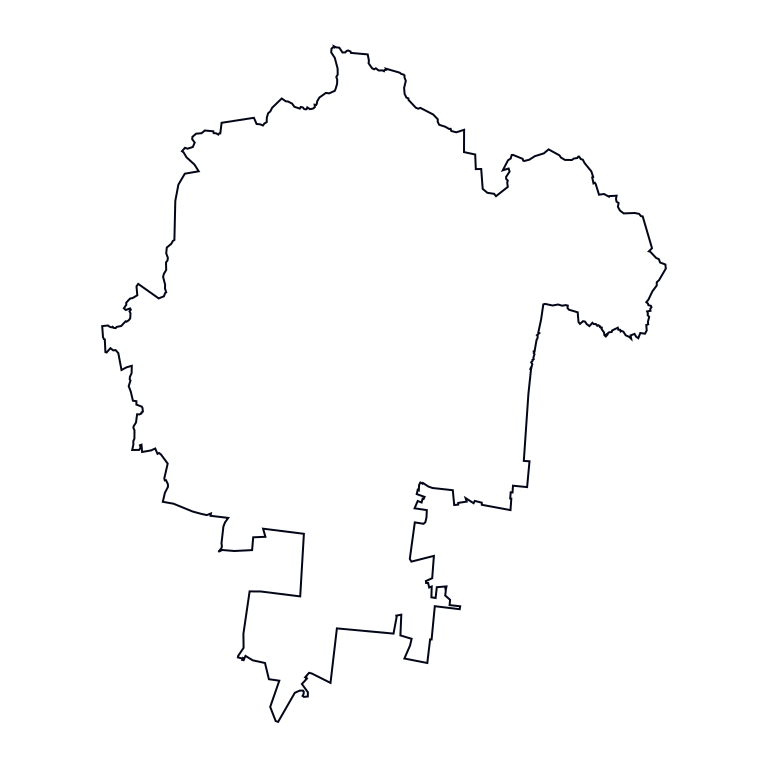 León, Guanajuato, Mexico
{"feature_id": "50627088B58691322085739", "entity_name": "León", "entity_type": "district", "adm_level": 2, "iso_a3": "MEX", "parent_name": "Mexico", "parent_adm1": "Guanajuato", "projection": "natural_earth1", "projection_center": [-101.574, 21.097], "detail": "fine", "context": "isolated", "style": "outline", "palette": "ink", "viewbox_px": 768, "rotation_deg": 0, "n_neighbors": 0, "source": "geoboundaries", "source_scale": "gbopen_adm2", "svg_char_len": 6079}
<svg xmlns="http://www.w3.org/2000/svg" viewBox="0 0 768 768"><path d="M160.9,454.4L167.7,463.6L164.3,478.4L164.8,480.4L166.0,480.2L167.9,484.2L168.0,486.8L164.9,492.8L162.8,501.8L173.5,503.7L192.6,511.5L201.0,513.8L206.8,515.1L210.9,513.5L210.5,515.8L228.2,517.9L225.0,522.4L223.4,526.5L221.5,543.2L221.9,546.3L221.4,548.3L218.4,551.8L222.2,550.0L234.3,551.0L252.1,550.1L253.2,537.3L265.4,536.8L263.1,528.7L303.9,533.8L300.2,596.4L260.9,591.5L249.6,591.4L243.4,633.9L243.6,647.8L238.1,656.0L237.9,657.4L242.6,658.6L243.3,657.0L242.2,659.9L243.6,660.2L245.5,655.9L252.7,660.3L265.0,663.0L268.9,679.2L279.3,680.7L270.2,706.9L275.7,721.1L278.1,721.9L294.8,692.8L299.7,690.6L303.0,690.6L303.8,691.8L303.6,693.9L302.6,695.9L303.9,696.9L307.8,696.5L307.9,692.3L301.9,684.0L306.7,678.8L306.0,678.6L306.4,677.4L305.3,677.1L309.1,672.8L311.8,673.5L330.5,682.9L336.9,628.4L393.5,633.6L396.9,615.6L395.3,615.8L401.3,614.7L400.4,635.4L411.6,638.8L410.1,645.4L404.4,658.5L427.3,663.0L430.1,639.4L431.6,639.5L434.8,606.2L459.7,609.2L460.2,606.3L449.6,605.1L450.1,599.8L445.2,595.5L445.8,590.8L445.3,587.9L446.1,588.4L446.5,586.4L436.8,587.2L435.6,598.0L431.4,597.3L431.7,586.5L429.2,587.5L428.1,582.9L426.1,583.0L425.9,581.0L432.2,578.2L433.9,555.9L411.4,561.6L409.8,558.9L414.8,522.4L423.6,523.8L425.4,522.1L426.5,517.3L426.8,510.1L414.6,508.3L417.7,501.0L421.6,502.5L422.6,498.7L423.6,499.0L424.6,496.9L416.7,494.1L417.7,489.8L418.8,490.4L419.1,484.9L420.4,482.5L422.6,483.7L423.0,483.0L428.3,486.5L432.5,488.0L452.8,490.2L454.2,505.0L458.2,504.6L458.2,502.9L466.7,501.6L465.6,498.1L473.6,503.2L474.8,500.9L481.8,502.7L481.8,504.8L510.5,510.1L511.3,498.6L510.2,498.5L510.7,492.3L512.5,492.5L513.0,485.7L527.1,487.1L529.5,461.3L523.8,460.9L528.4,394.0L531.0,369.5L530.3,369.1L530.7,368.2L531.1,368.9L532.3,364.1L531.2,362.3L532.6,360.8L532.5,359.8L533.7,359.3L533.4,357.6L534.5,354.2L533.7,353.0L534.5,351.9L533.8,351.2L534.7,350.6L536.5,340.1L537.5,338.2L537.7,335.7L537.0,335.1L539.3,333.1L538.3,332.5L541.1,319.5L543.3,304.4L545.1,303.9L552.6,305.5L558.1,304.5L562.1,305.7L565.7,305.1L567.8,305.6L567.5,308.0L568.9,309.7L577.7,312.3L578.5,322.1L580.0,323.9L583.0,321.2L585.0,321.6L586.8,324.2L589.4,326.1L592.4,322.8L593.7,324.1L595.8,324.0L597.3,325.8L598.3,325.2L600.3,326.5L600.0,327.1L601.1,327.9L601.8,327.8L601.7,329.2L604.0,332.4L604.4,335.2L605.8,336.5L607.3,334.8L606.5,334.4L609.1,332.3L611.7,332.0L612.1,330.5L617.8,327.7L618.3,329.7L620.1,329.8L620.6,331.4L621.3,330.8L623.4,331.7L625.7,335.3L629.4,337.0L631.2,338.8L630.6,335.4L634.5,333.9L636.2,336.8L638.3,338.2L640.3,333.0L645.0,333.7L646.7,330.5L646.3,325.0L648.2,324.3L647.9,321.8L649.2,317.0L647.6,315.0L647.9,313.3L647.1,311.4L650.5,310.8L650.2,308.9L651.5,307.2L650.9,305.8L648.4,305.2L647.9,303.5L646.3,302.2L648.4,299.7L652.4,291.3L656.7,285.6L656.8,282.2L659.0,280.2L665.8,268.6L665.4,264.5L660.1,262.5L658.8,259.1L656.2,258.0L650.0,251.5L649.0,251.3L652.0,248.2L642.7,216.4L640.9,216.1L639.2,213.9L634.8,213.0L623.7,213.4L620.0,210.6L617.9,206.8L618.6,203.1L616.5,201.6L616.0,198.7L616.6,195.7L609.3,196.1L609.0,196.7L604.0,194.0L599.0,194.7L595.7,184.0L594.8,182.7L593.5,183.4L592.2,177.4L593.2,177.0L591.3,171.3L584.6,163.1L582.8,159.7L580.7,159.0L579.2,156.6L578.3,156.6L577.3,158.0L573.7,158.6L571.9,160.0L564.9,159.9L561.0,157.6L559.4,155.3L548.6,149.4L543.8,153.4L534.8,156.2L529.3,159.7L524.1,161.0L523.3,160.7L522.6,158.8L513.0,154.9L511.7,155.0L510.7,158.5L508.0,160.3L502.8,170.3L508.6,168.5L509.6,171.6L506.1,176.9L506.2,179.0L507.8,180.6L507.2,182.5L507.8,186.9L496.0,196.2L494.1,193.8L487.4,192.8L482.7,188.9L481.2,169.0L475.8,169.1L475.2,154.5L464.0,152.1L464.1,129.8L456.3,132.3L451.3,131.0L450.6,128.8L449.2,129.0L445.2,126.7L439.2,124.8L437.7,121.8L437.8,119.3L433.2,114.5L420.4,107.9L418.2,108.7L415.8,107.7L408.5,99.9L408.4,98.4L406.4,97.6L404.6,93.9L404.1,87.9L405.8,80.9L404.5,77.5L404.5,75.4L403.6,74.6L401.3,74.0L399.8,72.7L385.7,68.6L386.1,69.8L384.5,70.1L384.0,71.2L382.4,70.4L378.7,70.5L375.8,68.3L374.1,69.3L372.1,68.3L368.6,63.3L368.9,60.5L367.7,54.4L350.9,52.9L350.6,51.6L348.2,50.5L346.5,51.0L345.4,52.4L342.5,52.5L339.3,47.7L335.9,47.3L333.7,46.1L333.9,47.4L333.1,47.2L331.5,48.7L331.2,52.4L334.8,57.9L337.6,68.5L337.7,74.6L336.3,77.0L337.2,79.5L337.1,83.9L335.7,88.6L334.8,90.8L329.1,93.4L325.9,92.9L319.4,97.5L317.2,101.3L316.8,103.8L316.1,105.0L314.6,104.7L314.9,107.0L313.2,108.5L310.1,109.2L307.3,107.4L306.6,109.2L305.4,109.3L304.1,109.0L302.8,107.4L300.7,107.0L299.8,108.6L294.4,106.8L292.1,103.6L288.0,101.5L285.8,101.3L281.7,98.5L272.1,107.8L270.3,111.4L268.1,113.3L266.8,117.7L266.7,122.1L264.4,123.5L262.9,125.5L260.1,124.3L256.6,124.0L253.9,117.8L221.6,122.8L220.3,133.3L219.4,133.3L218.3,134.6L216.4,133.4L213.7,133.1L213.3,131.3L204.8,130.5L201.6,133.2L196.1,133.7L192.4,136.9L192.2,139.2L194.7,142.6L192.8,147.0L187.5,148.7L185.0,147.8L182.0,151.2L183.6,152.4L186.5,157.3L194.5,164.6L198.7,171.3L184.8,173.7L178.4,184.6L175.3,200.9L174.4,240.0L172.9,240.9L171.2,243.9L166.8,247.5L166.2,253.3L167.9,257.9L167.5,260.4L166.0,262.5L166.2,269.9L163.8,274.0L163.1,276.9L165.1,284.6L165.0,288.5L166.2,292.3L165.2,293.0L163.9,296.3L158.7,298.4L138.2,283.9L136.5,286.4L137.3,295.3L132.5,298.1L130.2,298.5L128.2,300.5L126.2,302.8L126.3,304.8L123.9,308.3L125.8,310.0L130.1,308.4L130.8,309.7L129.5,311.3L130.5,313.3L130.2,318.4L128.7,320.3L126.5,321.7L125.6,321.3L121.2,326.0L116.7,326.9L115.7,328.1L113.7,327.9L112.7,326.8L112.1,327.4L109.7,326.8L108.0,325.5L102.2,326.1L103.0,337.1L103.9,339.1L104.8,339.4L105.4,352.1L106.6,352.5L110.4,348.2L113.3,350.4L115.6,350.1L118.3,353.1L121.5,370.0L126.6,367.3L131.8,365.8L131.6,373.2L129.9,376.9L129.7,379.4L130.5,380.5L128.7,386.2L130.8,391.7L132.9,400.7L136.4,401.2L136.4,404.6L141.7,406.6L142.5,408.0L142.9,411.6L141.5,412.4L141.5,413.4L139.6,414.4L137.1,414.3L136.0,422.5L133.6,426.3L133.4,427.8L134.5,430.4L134.4,438.7L133.3,441.1L133.4,444.5L132.2,450.0L139.2,449.9L140.6,447.5L139.9,445.3L141.5,444.7L142.1,452.0L151.1,450.4L155.2,448.5L157.5,453.8L159.0,453.0L160.9,454.4Z" fill="none" stroke="#020617" stroke-width="2"/></svg>